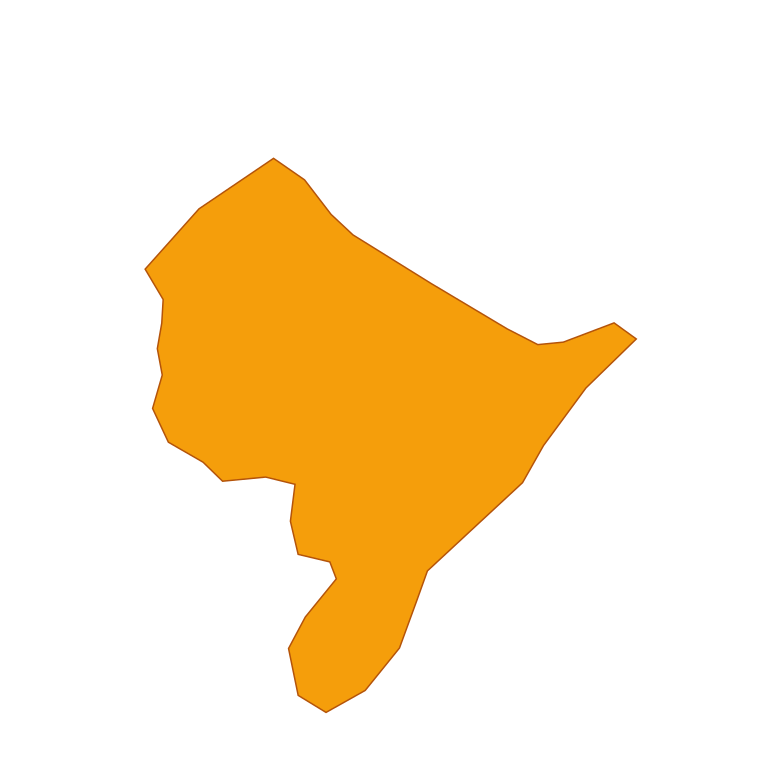 an SVG outline of Ermera, rotated 148°
{"feature_id": "TLS-549", "entity_name": "Ermera", "entity_type": "District", "adm_level": 1, "iso_a3": "TLS", "parent_name": "East Timor", "parent_adm1": "", "projection": "mercator", "projection_center": [125.395, -8.82], "detail": "fine", "context": "isolated", "style": "filled", "palette": "amber", "viewbox_px": 768, "rotation_deg": 148, "n_neighbors": 0, "source": "natural_earth", "source_scale": "10m", "svg_char_len": 675}
<svg xmlns="http://www.w3.org/2000/svg" viewBox="0 0 768 768"><g transform="rotate(148 384 384)"><path d="M562.3,134.1L600.6,135.9L607.2,136.2L621.8,165.4L605.1,210.3L574.2,228.1L527.7,244.0L524.2,261.8L547.1,285.0L536.1,317.2L512.6,346.1L533.7,367.8L572.4,387.1L578.9,413.6L590.8,435.9L597.7,448.9L593.2,485.9L567.3,509.1L557.5,534.1L540.2,553.4L526.5,572.7L525.7,608.0L483.0,620.4L448.0,630.6L358.1,633.9L343.2,599.2L339.0,555.8L331.3,526.9L290.8,444.3L250.3,365.4L232.7,335.9L209.8,324.5L156.5,313.9L146.2,288.5L214.9,273.6L281.3,247.3L318.8,226.9L388.4,213.6L446.2,202.5L471.8,182.3L510.8,151.9L562.3,134.1Z" fill="#f59e0b" stroke="#b45309" stroke-width="1.5"/></g></svg>